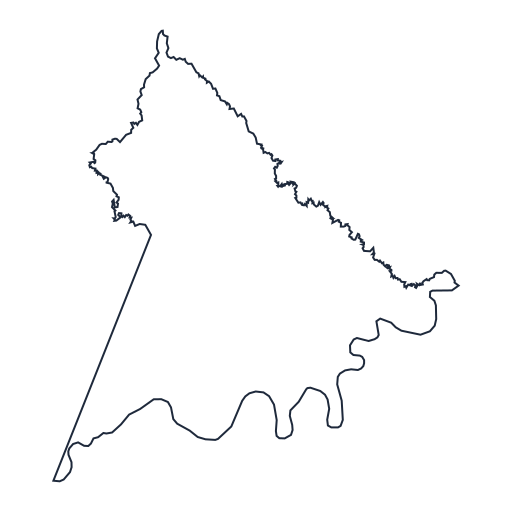 the district of Puerto Concordia, Meta, Colombia
{"feature_id": "7082276B49783171180305", "entity_name": "Puerto Concordia", "entity_type": "district", "adm_level": 2, "iso_a3": "COL", "parent_name": "Colombia", "parent_adm1": "Meta", "projection": "robinson", "projection_center": [-72.676, 2.773], "detail": "fine", "context": "isolated", "style": "outline", "palette": "slate", "viewbox_px": 512, "rotation_deg": 0, "n_neighbors": 0, "source": "geoboundaries", "source_scale": "gbopen_adm2", "svg_char_len": 6032}
<svg xmlns="http://www.w3.org/2000/svg" viewBox="0 0 512 512"><path d="M458.6,285.6L454.5,282.5L454.8,280.8L451.0,274.0L445.6,270.6L444.1,270.8L441.8,272.9L436.3,272.8L434.3,274.6L434.0,277.1L429.7,278.9L429.2,280.3L427.2,280.2L426.6,279.1L423.5,281.2L422.3,282.9L422.8,284.5L420.1,285.0L420.3,282.8L419.1,285.1L417.0,283.8L417.5,285.4L416.1,287.9L415.0,287.2L415.6,285.5L413.8,284.1L412.4,285.5L411.7,283.8L410.6,284.1L410.8,285.6L408.2,284.6L406.3,287.7L405.8,286.2L404.4,286.8L404.2,284.4L405.3,282.1L401.4,281.8L399.7,279.2L398.0,279.6L397.5,278.0L395.6,278.2L394.6,276.0L393.4,277.8L392.6,275.7L391.3,276.4L391.8,273.8L389.7,271.1L391.4,270.7L391.4,269.9L389.3,268.6L389.9,267.4L387.7,268.3L386.6,267.4L389.2,266.3L389.0,265.4L386.7,264.8L384.9,266.1L383.5,264.6L383.3,262.5L381.9,263.2L380.0,260.6L379.2,261.7L377.0,259.9L374.7,259.9L373.1,257.5L374.3,253.9L372.4,254.1L373.9,252.4L373.3,247.8L370.1,251.3L364.0,250.9L362.6,248.2L363.6,247.1L363.5,244.9L362.4,244.5L364.0,244.1L364.0,242.5L359.9,241.4L361.6,241.4L361.0,240.3L361.9,239.9L358.8,237.9L359.6,236.2L359.0,234.3L357.9,233.8L355.3,239.6L353.8,239.8L351.5,238.5L351.7,237.4L349.2,236.5L349.5,234.9L351.9,232.2L349.3,229.9L349.6,227.1L347.2,225.0L347.5,224.1L345.4,224.4L345.3,226.0L343.7,226.6L340.8,226.6L341.0,222.8L338.8,221.7L339.2,220.3L338.1,219.9L332.4,222.9L333.0,219.6L330.4,218.3L330.9,217.1L332.2,217.4L330.3,215.7L329.8,212.1L327.5,210.2L328.4,208.5L327.1,207.7L327.2,206.6L326.0,206.9L326.6,206.0L324.9,206.4L323.0,204.8L323.6,203.0L322.9,202.0L320.6,204.8L319.2,202.1L317.9,205.7L316.3,206.6L313.8,204.4L313.6,202.6L312.4,203.1L312.6,200.9L311.7,200.9L310.8,198.7L309.1,200.4L308.3,199.3L308.1,202.7L306.6,202.1L306.7,206.0L304.8,204.0L304.0,205.3L302.3,205.0L302.2,203.7L301.5,204.1L300.5,202.4L298.4,202.7L295.3,198.0L296.4,197.7L296.4,195.5L295.0,194.2L296.4,191.8L295.4,191.3L294.6,188.5L296.1,187.8L296.9,185.8L294.9,183.6L294.0,184.3L294.4,183.3L293.2,183.6L293.6,182.2L290.9,181.7L291.4,182.9L289.5,182.9L290.0,183.9L289.1,184.9L288.0,183.2L288.5,182.4L287.3,182.0L287.2,183.8L285.0,184.1L284.9,185.5L283.0,186.0L283.4,184.6L281.9,185.2L281.7,184.1L280.9,185.2L281.3,186.6L278.7,185.9L278.1,186.7L277.4,185.8L278.3,185.6L278.3,182.5L277.1,183.0L275.3,181.2L276.2,180.8L275.0,179.0L276.1,178.4L276.1,175.9L274.8,173.5L274.9,169.5L274.0,168.4L275.2,166.8L276.8,167.7L277.7,165.9L277.4,163.9L279.8,162.4L279.8,163.6L280.6,163.6L281.6,162.1L280.7,162.4L280.4,160.8L277.7,160.4L277.8,159.1L275.3,159.5L275.3,161.0L273.0,160.7L271.5,158.0L272.4,155.5L271.5,154.2L270.6,154.8L269.1,152.9L267.4,153.4L265.3,152.0L263.6,152.8L263.1,149.4L262.0,148.7L262.8,148.2L261.2,147.5L262.0,145.7L261.0,145.3L261.4,144.5L257.0,143.7L255.7,137.6L253.3,133.6L248.7,131.4L246.2,123.0L246.5,121.0L244.0,116.4L242.3,116.5L241.1,113.9L237.7,116.3L233.8,108.5L229.5,109.0L230.0,106.3L229.0,104.1L227.3,102.9L226.8,104.3L225.0,101.4L220.7,100.1L219.4,96.2L217.0,95.4L217.3,92.9L215.4,88.5L213.0,88.8L211.1,83.8L208.8,81.5L206.9,82.7L207.0,81.0L205.0,79.4L205.3,78.6L203.1,77.7L203.0,76.5L202.2,77.4L199.8,75.2L199.2,76.2L198.5,73.3L196.4,72.3L191.5,63.7L188.1,63.9L185.7,61.7L184.8,58.9L182.9,59.7L179.7,58.2L176.3,59.8L173.6,57.0L170.9,58.1L168.0,56.6L166.5,52.6L168.4,48.1L166.8,43.3L167.6,36.6L164.4,35.5L163.0,34.0L162.8,30.7L161.6,30.9L158.8,34.1L157.1,41.4L156.9,48.4L158.7,52.8L155.0,58.3L159.1,65.6L157.1,68.6L152.6,72.4L149.9,73.1L149.5,75.6L145.7,79.1L144.0,84.6L144.1,87.3L140.9,89.1L140.4,91.5L141.7,95.1L137.5,99.5L138.5,103.8L137.6,108.3L140.2,109.6L141.3,112.2L140.2,113.6L141.6,115.4L142.2,120.4L139.1,121.8L137.4,124.9L135.9,122.8L134.3,123.9L133.4,122.5L131.1,122.9L133.3,127.8L131.2,129.8L131.1,132.9L126.1,134.8L120.0,142.1L116.7,138.9L115.0,138.7L112.4,139.6L112.4,141.4L111.5,142.0L107.8,141.7L105.8,144.0L101.9,143.8L99.6,144.9L96.2,149.7L93.3,152.0L93.6,152.7L92.1,153.0L94.2,154.2L93.6,159.0L95.4,160.3L95.2,162.6L94.5,163.1L93.6,161.8L89.7,162.5L90.7,163.6L89.3,165.2L89.9,167.2L91.2,166.7L92.2,168.1L95.4,168.6L94.9,170.6L96.7,170.4L97.8,171.6L96.5,171.8L96.5,172.9L98.2,172.5L98.1,174.1L99.3,173.1L100.5,173.7L100.2,174.7L104.3,176.6L104.0,178.0L103.3,177.8L103.8,178.8L105.9,177.3L107.6,177.9L108.2,179.0L107.5,182.1L105.8,182.5L110.5,183.6L112.9,187.9L113.3,191.1L117.0,194.7L116.5,196.3L118.8,197.3L118.6,199.8L116.5,202.5L118.0,203.6L117.5,207.0L114.8,207.4L113.6,199.9L112.1,201.5L112.8,203.7L112.0,207.1L115.4,210.6L114.5,211.3L115.7,217.0L114.8,218.5L113.7,218.4L114.9,219.8L114.4,220.8L116.3,220.6L120.6,217.3L118.2,214.9L119.0,213.1L121.4,213.3L121.4,215.4L122.5,216.9L123.5,215.7L124.8,217.1L126.2,215.0L127.5,215.7L128.4,214.5L130.2,215.9L129.6,217.5L131.4,217.5L130.4,219.6L131.4,220.8L130.4,222.4L133.3,221.6L135.1,225.9L139.7,224.0L145.3,224.8L151.0,234.9L53.4,480.7L59.7,481.3L63.7,479.5L70.0,472.1L71.6,467.2L71.5,462.2L68.5,454.8L68.3,451.4L69.3,448.4L73.1,444.0L78.1,442.4L84.1,445.8L88.3,446.0L90.9,443.6L93.5,438.4L98.1,437.2L103.4,433.0L106.4,433.5L112.1,432.5L121.0,424.4L129.1,414.6L140.1,409.0L153.7,399.3L161.3,399.2L167.9,402.0L171.0,407.4L173.3,419.1L177.2,423.7L189.7,430.6L197.7,437.0L205.5,439.3L215.3,439.9L218.0,438.9L231.3,426.5L242.2,400.8L245.3,396.4L249.4,393.3L255.7,391.5L263.5,392.4L269.1,396.2L274.0,404.6L276.7,420.1L275.9,431.1L276.6,435.9L279.3,438.2L284.7,438.4L291.0,434.9L292.6,430.0L292.2,424.9L289.8,415.9L290.4,410.4L298.7,401.8L306.2,389.3L307.4,388.1L310.4,387.7L320.3,391.0L325.0,394.7L327.6,399.5L329.2,408.8L327.2,419.7L327.9,425.5L331.3,427.4L338.0,427.4L340.6,425.9L342.8,419.9L341.7,400.7L337.2,384.4L337.8,376.9L339.9,373.6L345.1,370.4L351.1,369.3L357.9,370.0L361.1,368.5L363.3,366.1L364.1,363.3L364.1,360.1L362.2,356.9L359.8,355.6L353.4,355.0L350.3,352.4L350.0,345.3L353.7,339.5L356.9,338.0L368.5,341.0L374.6,339.2L377.4,337.4L378.7,335.0L376.4,321.3L380.2,318.6L391.2,322.7L395.7,327.3L401.4,330.7L420.5,334.7L429.9,331.3L434.7,325.7L436.2,319.1L435.9,305.4L434.4,300.8L429.9,297.0L430.2,291.8L432.5,290.6L451.9,290.4L458.6,285.6Z" fill="none" stroke="#1e293b" stroke-width="2"/></svg>